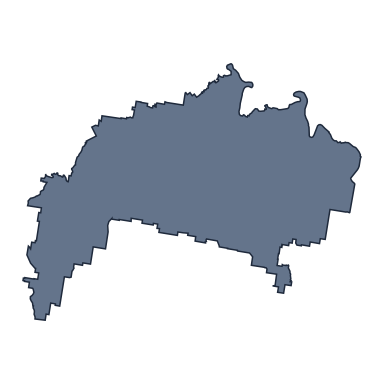 Ipswich, Queensland, Australia (Albers equal-area conic projection)
{"feature_id": "25037944B52648858671508", "entity_name": "Ipswich", "entity_type": "district", "adm_level": 2, "iso_a3": "AUS", "parent_name": "Australia", "parent_adm1": "Queensland", "projection": "albers", "projection_center": [152.701, -27.678], "detail": "fine", "context": "isolated", "style": "filled", "palette": "slate", "viewbox_px": 384, "rotation_deg": 0, "n_neighbors": 0, "source": "geoboundaries", "source_scale": "gbopen_adm2", "svg_char_len": 5883}
<svg xmlns="http://www.w3.org/2000/svg" viewBox="0 0 384 384"><path d="M233.4,68.7L232.5,65.1L231.5,63.9L230.8,63.8L227.4,65.2L226.7,66.5L227.0,68.3L227.5,69.0L228.6,69.4L231.1,71.3L231.1,74.7L227.5,75.8L225.5,75.9L224.7,75.3L223.7,75.6L223.4,75.9L223.4,77.1L222.1,77.3L219.4,76.1L218.5,74.9L218.2,75.7L218.4,77.6L217.3,78.4L217.3,79.2L217.0,79.5L218.5,79.7L218.6,80.7L218.4,81.1L215.9,82.8L215.2,82.3L215.4,81.4L214.6,80.8L214.5,81.6L213.2,81.4L209.9,83.9L209.7,82.5L209.3,82.4L208.9,82.9L208.6,85.7L207.9,86.0L208.4,87.5L208.3,88.1L206.9,88.4L206.4,89.4L205.6,90.0L205.1,89.8L203.8,90.4L204.1,91.5L203.9,91.9L203.4,91.6L203.0,91.9L202.2,91.8L201.8,92.4L202.2,93.2L201.4,93.1L200.5,94.5L200.0,94.6L198.8,95.8L196.6,97.2L194.3,94.1L192.2,95.7L190.0,92.6L187.3,94.6L185.8,92.6L185.2,93.0L183.3,105.1L166.8,102.5L165.0,101.8L164.5,104.3L156.9,103.0L156.3,104.3L155.0,104.3L155.5,105.6L156.2,106.0L156.0,107.1L154.9,106.6L155.1,106.2L154.8,105.7L154.3,105.5L152.9,105.9L152.6,107.9L150.3,107.5L149.4,106.9L147.2,106.2L147.6,103.5L141.0,102.4L141.0,102.0L136.2,101.3L135.2,107.5L132.5,107.1L132.1,109.6L134.5,110.0L133.5,115.6L133.0,116.6L132.8,117.8L131.4,117.8L130.4,117.1L128.1,117.8L126.7,117.5L126.5,118.8L121.1,117.9L121.1,118.6L102.0,115.8L101.2,121.3L99.2,120.0L98.3,125.9L95.5,125.3L91.8,127.1L96.3,136.0L86.3,141.1L86.3,141.4L86.7,141.9L85.3,142.7L85.3,143.0L86.1,143.2L85.9,143.8L84.7,145.2L84.5,146.0L83.3,146.5L82.6,147.3L81.8,150.4L80.9,152.1L79.1,154.4L78.6,156.0L77.1,157.2L75.5,162.6L75.5,164.9L74.9,165.0L72.8,167.8L71.7,168.5L71.7,169.5L72.4,170.4L72.7,171.9L72.5,172.5L71.7,173.0L71.1,175.9L69.1,175.6L68.2,181.7L67.3,181.5L66.3,180.4L65.9,178.0L64.2,175.3L63.6,175.1L63.2,175.4L63.1,176.7L62.3,177.1L60.6,175.9L58.4,175.5L57.7,174.4L57.8,173.3L57.1,172.9L55.9,174.2L55.1,174.2L54.2,173.4L52.9,174.2L51.7,174.3L51.6,175.1L52.6,175.7L53.2,176.5L53.2,177.1L52.9,177.5L51.5,177.6L47.2,176.2L46.2,175.4L45.8,174.6L45.6,174.7L45.5,176.6L44.3,178.4L41.2,178.1L40.8,180.9L43.3,181.2L43.2,181.8L46.9,182.4L44.0,187.3L43.8,189.2L43.0,190.2L41.4,190.9L40.5,191.6L40.4,193.1L40.0,194.5L36.9,196.1L36.4,196.0L35.1,197.0L32.9,197.8L30.5,198.3L28.1,201.0L28.3,203.1L27.6,205.7L41.4,207.8L40.7,212.8L38.8,212.5L37.4,221.1L39.4,221.4L36.4,240.8L35.4,240.6L35.1,242.7L31.7,242.2L30.6,248.9L29.5,247.2L28.4,246.1L26.9,254.9L30.6,263.2L35.0,268.3L35.6,268.4L35.0,272.3L38.7,272.9L37.7,279.3L34.0,278.7L34.0,279.1L24.8,277.6L24.7,278.3L23.4,278.1L23.0,280.5L24.5,280.7L24.4,281.4L29.4,282.2L28.6,287.6L32.7,288.3L33.2,289.3L33.9,292.4L33.1,294.2L31.9,295.6L30.4,296.6L30.3,298.9L31.2,300.9L32.5,302.9L32.9,306.0L33.4,306.0L33.1,307.9L34.0,309.5L34.3,310.5L34.4,311.9L34.1,314.2L35.1,317.0L35.0,319.0L45.2,320.2L46.1,314.1L48.9,314.6L50.7,303.1L55.4,303.9L55.2,305.3L59.7,306.1L64.4,276.8L69.6,277.6L71.1,277.2L72.0,271.2L72.6,270.6L74.0,268.1L73.6,267.1L74.1,263.9L82.5,265.3L82.9,262.9L90.5,264.1L93.2,246.9L105.5,248.9L108.1,231.9L107.7,225.5L108.9,221.5L111.7,218.6L111.6,219.1L119.2,220.3L119.2,219.5L131.1,221.4L131.2,218.3L142.5,220.1L142.0,223.2L153.2,225.0L153.4,223.4L157.7,224.1L157.0,228.4L159.5,228.6L158.9,232.4L177.4,235.4L177.9,232.0L183.1,232.8L188.1,233.2L187.7,235.3L195.7,236.6L195.1,241.1L205.3,242.9L205.0,242.1L206.4,241.6L206.1,240.8L206.1,239.8L206.5,239.0L217.3,240.9L219.2,245.8L219.3,246.9L227.7,248.3L227.6,248.7L237.4,250.3L237.5,251.0L249.6,253.0L252.6,256.8L251.4,265.3L264.3,267.3L264.8,267.7L266.0,267.7L267.0,269.1L266.5,272.7L276.6,274.2L275.1,285.5L272.6,285.9L278.5,286.9L277.6,292.3L283.6,293.2L285.0,284.7L291.1,285.6L291.7,281.9L290.2,281.7L291.1,280.5L290.3,279.9L290.8,278.8L290.4,275.5L290.6,274.1L290.0,272.9L289.9,271.1L288.3,267.9L288.7,265.9L288.4,265.1L287.0,265.5L286.2,265.1L285.9,265.5L283.0,265.1L282.3,264.6L282.0,266.3L277.1,265.5L278.1,259.2L277.6,259.2L278.5,253.6L279.1,253.7L280.0,247.1L281.8,247.4L281.7,246.3L282.1,246.0L281.8,245.5L282.2,245.2L282.0,244.5L288.6,245.6L289.1,242.6L292.2,243.1L292.8,239.0L296.1,239.5L295.7,243.0L296.9,245.1L301.3,245.8L301.4,244.8L309.5,246.2L310.2,242.0L319.5,243.6L320.3,238.7L325.2,239.4L330.0,209.5L346.1,212.1L347.0,211.8L349.5,212.7L349.8,212.4L354.8,184.0L353.8,182.7L352.4,181.7L350.9,179.3L350.7,178.2L357.4,169.8L358.3,168.3L359.1,166.3L360.4,158.4L361.0,156.9L360.2,156.1L360.4,154.8L359.0,151.8L356.4,148.3L355.6,147.5L353.1,146.5L349.6,143.5L348.2,142.7L345.5,142.5L345.2,142.2L343.9,142.9L343.3,142.7L341.2,143.2L341.0,142.7L340.1,141.8L339.5,142.4L337.8,142.6L336.4,140.9L334.7,140.8L333.4,140.1L331.9,138.3L330.4,134.5L328.8,132.5L329.1,132.1L324.8,128.3L321.9,125.3L320.4,124.6L319.0,124.7L317.6,125.8L314.1,134.9L312.9,136.9L311.7,137.4L310.5,137.1L309.7,136.6L309.3,135.9L309.0,127.3L308.4,125.3L308.5,124.2L307.6,121.3L306.0,118.0L304.9,114.6L305.0,109.1L307.0,103.2L307.3,101.5L307.1,99.1L305.3,95.2L303.9,92.8L300.6,91.5L298.8,91.4L296.1,92.0L294.3,93.1L293.8,93.9L293.6,94.6L293.8,95.6L294.4,96.1L298.3,97.2L299.8,97.9L300.5,99.7L300.4,100.6L300.1,101.2L299.4,101.6L297.5,101.7L295.0,102.5L291.2,104.5L289.9,104.5L289.3,105.2L288.9,107.2L288.3,108.1L287.4,108.6L280.7,109.7L278.4,109.7L277.2,108.6L273.8,107.9L272.8,107.9L272.1,108.5L271.4,108.6L268.3,107.4L267.5,106.4L267.1,104.8L266.3,104.8L264.8,105.7L264.8,106.0L265.6,107.0L266.4,108.8L266.3,109.2L265.9,109.4L264.8,109.1L264.6,110.4L264.1,110.9L260.5,111.3L258.7,111.0L257.4,109.0L255.4,108.7L254.2,109.7L253.7,110.6L252.6,111.4L251.6,113.0L250.0,113.9L249.8,114.5L249.1,115.0L249.0,115.8L247.7,115.6L247.3,117.0L245.6,116.5L244.4,115.1L243.4,114.8L243.0,115.6L242.4,116.0L240.5,115.6L239.3,114.2L239.0,111.4L239.8,107.9L240.3,103.3L242.2,95.0L242.3,93.3L243.8,89.0L244.9,87.4L246.7,86.5L248.8,86.4L251.1,87.5L251.8,87.5L252.7,86.3L252.9,84.9L252.4,83.3L251.6,82.4L248.7,82.1L245.7,82.4L244.2,81.8L241.9,80.4L239.8,77.2L238.4,73.4L235.7,70.3L233.4,68.7Z" fill="#64748b" stroke="#1e293b" stroke-width="1.5"/></svg>